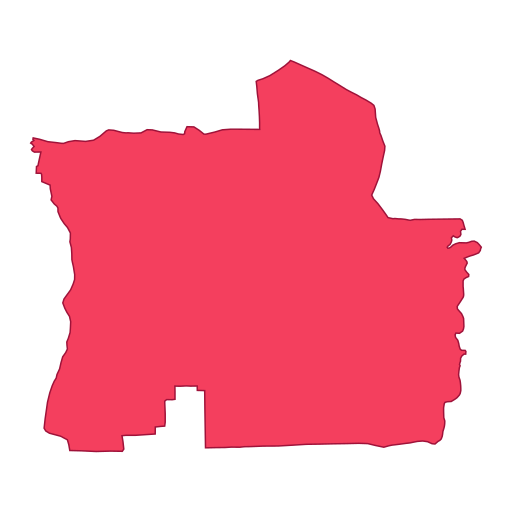 Prey Kabbas, Takêv, Cambodia (orthographic projection)
{"feature_id": "14789045B29637734688493", "entity_name": "Prey Kabbas", "entity_type": "district", "adm_level": 2, "iso_a3": "KHM", "parent_name": "Cambodia", "parent_adm1": "Takêv", "projection": "orthographic", "projection_center": [104.944, 11.157], "detail": "fine", "context": "isolated", "style": "filled", "palette": "rose", "viewbox_px": 512, "rotation_deg": 0, "n_neighbors": 0, "source": "geoboundaries", "source_scale": "gbopen_adm2", "svg_char_len": 4460}
<svg xmlns="http://www.w3.org/2000/svg" viewBox="0 0 512 512"><path d="M462.3,220.3L460.1,218.9L428.1,219.3L420.2,219.5L414.5,219.4L410.2,220.3L408.4,220.0L405.5,219.4L402.1,219.0L400.5,218.9L398.8,218.9L394.9,218.5L393.0,218.7L389.3,217.9L388.0,217.6L386.4,215.2L382.7,210.0L378.1,203.9L373.5,198.8L371.7,195.1L372.6,193.0L374.2,189.5L376.8,182.9L378.9,177.4L380.4,171.2L381.7,164.1L383.1,157.3L384.6,150.5L384.9,146.2L382.9,141.2L381.0,135.6L379.7,132.7L379.6,131.0L378.8,128.1L377.5,124.2L375.7,117.4L375.1,109.0L373.9,105.4L371.2,103.2L365.9,100.0L361.1,97.5L356.7,94.9L351.5,92.3L346.4,89.6L340.6,86.0L333.9,81.9L328.2,78.3L322.3,74.9L314.9,71.2L308.1,68.2L299.8,64.5L294.0,61.9L290.4,60.5L289.2,62.0L284.8,65.8L278.5,70.2L269.9,75.6L262.8,78.8L258.0,80.3L256.2,81.4L256.8,86.5L257.4,93.8L258.2,99.5L258.6,102.5L258.7,105.2L259.1,110.9L259.4,116.4L259.6,122.7L259.6,128.1L259.7,129.4L236.5,129.2L230.8,129.2L222.4,129.8L214.6,132.1L205.8,134.2L203.9,134.1L199.2,130.3L193.9,126.9L187.0,126.7L184.8,131.6L184.6,133.7L183.2,134.5L178.5,134.0L174.7,132.9L170.0,132.3L160.9,132.0L152.3,129.9L147.1,129.7L141.0,132.9L133.8,133.2L128.1,132.8L125.9,132.9L122.2,132.5L113.8,130.3L108.7,129.9L106.3,130.9L100.0,136.3L93.6,140.2L85.6,141.4L75.0,140.6L68.4,141.7L63.6,143.4L61.3,143.3L56.1,142.6L47.9,141.7L39.7,139.3L36.0,138.5L33.2,137.9L32.9,139.3L33.9,140.5L31.4,142.1L30.7,143.1L32.2,144.1L34.1,146.5L32.2,148.5L31.5,149.6L32.4,150.9L34.4,152.1L40.9,152.0L38.3,163.9L38.0,165.7L36.5,166.5L36.2,173.2L41.0,173.3L41.6,174.4L41.8,177.2L41.8,181.6L50.1,185.1L50.3,188.8L51.2,193.1L51.9,196.3L51.1,199.9L54.2,203.9L56.8,206.1L57.9,207.9L58.0,211.7L60.3,217.4L61.0,218.8L64.2,223.6L67.5,227.5L70.4,233.0L70.3,238.9L69.9,241.8L71.4,247.5L71.8,253.8L71.9,259.7L72.4,262.2L73.4,266.6L74.7,274.7L74.6,279.6L73.1,284.2L70.6,289.9L67.4,294.3L64.0,299.0L62.8,302.9L64.8,308.2L66.9,312.3L69.5,316.4L70.7,321.7L70.4,328.2L70.1,332.5L68.3,338.4L66.8,342.0L67.0,345.5L67.4,349.0L65.7,352.6L62.7,356.8L61.0,362.7L59.6,368.9L57.0,374.5L56.2,378.1L54.2,381.3L52.2,385.8L49.8,392.8L47.5,402.2L46.6,408.6L45.2,418.4L44.1,428.2L45.8,431.0L49.4,433.2L60.6,436.2L67.4,439.8L68.8,444.7L69.8,450.5L81.5,450.8L96.2,451.5L110.4,451.1L122.3,451.3L123.8,449.1L123.0,441.9L122.0,435.7L126.0,435.3L135.5,435.3L155.2,434.0L155.3,427.0L160.7,426.4L164.7,426.1L165.2,422.2L165.2,413.8L164.7,401.2L166.6,399.6L172.2,399.7L175.0,399.3L175.0,391.7L174.9,386.1L180.3,386.2L186.3,385.9L190.5,386.1L197.2,386.0L197.3,390.4L204.7,390.6L204.9,408.7L205.5,447.8L206.9,447.8L215.9,447.6L225.1,447.5L231.3,447.1L239.9,447.2L244.3,446.7L250.3,446.6L263.0,446.1L278.0,446.0L293.5,445.1L306.3,444.3L319.8,444.1L333.2,443.8L346.2,443.6L358.7,443.3L367.8,443.6L375.6,445.5L383.8,447.2L388.8,445.8L392.1,445.1L394.0,444.9L398.8,444.3L406.4,443.3L410.0,442.9L412.8,442.3L417.4,441.4L422.7,441.0L427.6,441.7L432.0,443.7L435.0,444.0L436.3,442.9L438.0,441.4L439.8,440.4L441.2,439.0L442.2,436.4L442.6,434.1L442.9,431.5L443.8,428.6L444.4,426.2L444.7,423.9L444.8,421.0L443.8,417.7L443.7,414.5L443.6,411.2L443.6,407.8L443.9,405.9L444.3,403.5L445.1,402.3L447.4,401.7L451.2,401.5L455.1,399.1L456.9,397.8L458.0,396.6L459.4,395.0L460.2,393.4L460.8,390.6L460.8,388.5L460.7,385.9L460.4,382.7L460.0,380.2L458.9,377.0L458.6,374.6L458.9,371.3L459.4,367.6L460.1,365.8L459.5,364.5L460.0,362.5L460.5,361.3L460.6,358.2L461.8,356.0L464.0,354.1L465.7,354.1L465.9,351.5L465.2,350.4L461.5,350.3L460.1,349.0L459.2,346.2L458.7,343.4L457.8,340.3L455.5,337.3L455.1,334.8L455.9,333.1L459.5,333.3L462.6,331.1L463.5,328.9L463.9,326.5L463.7,320.8L463.6,318.5L462.9,316.5L461.5,313.6L459.2,311.0L457.4,308.9L457.2,306.4L460.6,301.3L461.8,299.4L463.1,297.4L463.6,295.9L463.7,294.2L463.5,291.6L463.3,288.4L463.1,286.5L463.1,283.6L463.1,280.9L463.9,279.1L465.9,277.7L468.6,276.5L468.8,274.5L466.7,272.2L464.9,269.7L464.9,268.0L465.6,266.3L466.3,264.9L467.2,263.1L466.8,261.5L465.2,259.5L464.2,258.3L466.1,257.5L468.6,256.5L470.6,255.8L473.4,255.0L476.2,253.9L478.6,252.9L480.3,250.5L480.6,248.9L481.3,247.2L479.2,244.6L477.3,242.6L474.2,241.1L471.6,241.3L468.9,242.3L466.4,242.9L459.3,242.7L455.6,243.8L452.8,245.2L450.8,247.1L449.3,248.0L447.9,248.3L447.2,247.2L448.1,245.9L450.0,244.5L450.7,243.2L451.4,241.7L451.8,240.1L451.4,237.8L453.3,235.8L454.9,236.9L457.2,237.7L458.7,237.0L460.2,235.9L460.9,234.3L460.5,231.3L461.9,229.3L465.1,229.3L464.7,227.9L463.9,225.3L463.2,222.6L462.3,220.3Z" fill="#f43f5e" stroke="#9f1239" stroke-width="1.5"/></svg>